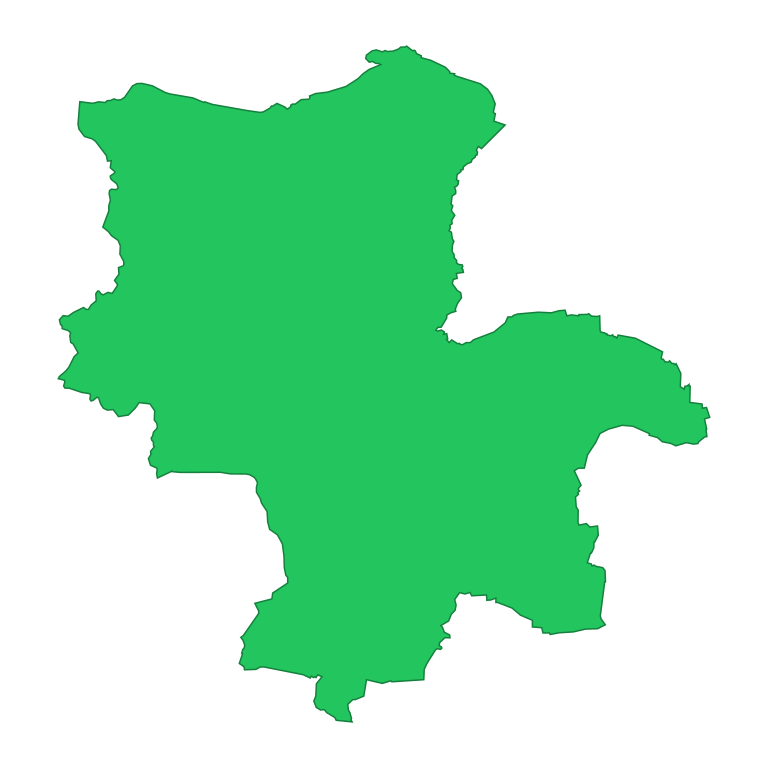 the district of Mueang Phichit, Phichit, Thailand
{"feature_id": "78962969B35136792725938", "entity_name": "Mueang Phichit", "entity_type": "district", "adm_level": 2, "iso_a3": "THA", "parent_name": "Thailand", "parent_adm1": "Phichit", "projection": "mercator", "projection_center": [100.377, 16.403], "detail": "fine", "context": "isolated", "style": "filled", "palette": "green", "viewbox_px": 768, "rotation_deg": 0, "n_neighbors": 0, "source": "geoboundaries", "source_scale": "gbopen_adm2", "svg_char_len": 6031}
<svg xmlns="http://www.w3.org/2000/svg" viewBox="0 0 768 768"><path d="M79.8,101.7L78.0,124.3L79.0,129.2L84.5,136.5L92.3,138.9L95.6,141.4L106.4,155.6L107.5,161.1L111.2,160.7L110.3,167.7L114.9,171.8L114.4,173.2L110.3,175.9L110.3,177.4L111.3,179.5L116.7,183.8L118.3,187.8L116.3,189.6L111.4,189.2L109.6,190.5L109.1,193.6L110.4,200.1L108.8,205.8L108.8,211.0L102.8,227.1L108.4,231.6L111.5,235.7L118.1,240.4L120.3,245.8L119.9,254.2L123.6,261.1L123.9,264.4L123.0,265.9L118.5,267.6L118.9,274.3L114.5,280.4L117.3,284.2L117.4,285.6L112.2,293.4L107.9,292.4L103.1,294.9L100.9,293.7L98.9,291.1L97.7,291.0L95.8,293.8L96.2,300.8L91.1,305.1L88.4,309.4L86.2,309.4L83.5,307.5L73.4,312.5L68.0,316.3L63.2,315.6L59.4,319.8L60.5,324.5L62.2,326.2L62.1,328.6L68.3,330.6L70.6,332.8L69.8,335.8L70.7,342.4L73.2,344.0L78.1,352.9L74.2,356.6L68.9,367.1L65.9,370.9L59.4,376.5L58.3,378.7L64.3,380.2L64.8,382.0L63.6,386.0L64.9,388.1L68.9,388.1L81.6,392.4L89.7,393.7L90.5,395.2L89.9,399.0L90.9,400.9L93.0,400.5L96.9,397.3L98.5,397.6L100.6,403.9L103.3,408.1L107.3,410.1L113.2,409.6L118.5,416.6L128.4,415.0L135.2,408.2L139.1,402.6L150.0,403.9L154.7,410.8L154.3,420.1L156.6,422.9L157.4,426.4L156.8,428.6L153.5,432.1L152.7,435.8L151.2,438.1L151.8,440.3L153.3,441.7L153.5,445.8L154.4,446.8L150.6,451.2L150.9,454.4L148.4,458.5L150.5,465.3L156.3,467.8L157.3,469.1L156.6,473.4L157.4,478.0L172.2,471.1L172.4,471.7L180.3,472.4L220.6,472.3L230.3,473.9L246.0,474.0L249.7,474.7L254.3,477.4L255.7,479.2L257.5,482.8L256.4,487.4L256.5,492.3L260.1,498.3L261.6,503.2L267.1,511.5L267.7,521.9L269.6,529.3L277.4,534.8L282.4,543.9L284.0,556.3L284.3,567.7L285.8,575.1L287.7,577.5L287.7,583.0L272.7,593.0L271.9,598.9L254.9,603.3L258.7,611.0L258.6,613.6L243.2,635.7L240.8,637.4L243.2,640.6L244.7,645.1L244.2,647.9L242.7,649.6L241.7,653.5L242.5,653.9L239.3,663.5L244.0,666.7L244.5,669.8L256.0,669.4L259.9,667.1L263.7,666.9L303.1,674.7L310.2,678.0L311.3,676.2L313.6,677.5L314.4,676.8L315.9,677.6L317.8,674.8L322.0,676.8L316.4,683.7L315.8,696.2L313.8,701.0L316.3,707.4L320.6,710.0L324.3,709.6L326.7,712.6L334.8,717.5L336.2,720.3L352.1,721.9L351.0,719.9L351.5,718.4L349.9,712.6L348.6,710.4L347.7,704.4L352.8,699.6L355.3,699.6L363.8,696.1L366.5,679.7L382.4,683.4L390.9,680.8L391.7,681.8L423.8,679.7L424.2,669.3L427.2,663.0L435.6,649.7L437.6,648.7L440.4,649.4L441.7,648.4L441.6,647.1L439.2,645.6L439.6,642.7L444.9,637.7L450.0,637.8L449.6,634.9L444.3,632.2L442.4,627.1L440.8,625.6L448.7,620.9L451.3,614.3L455.1,610.3L456.1,605.1L454.7,599.5L459.6,592.6L464.9,594.0L470.1,592.5L471.7,595.8L486.5,595.0L486.9,600.3L490.7,600.0L495.9,598.1L495.9,602.5L497.4,602.4L512.1,608.1L520.5,615.2L532.4,620.3L532.4,627.0L541.7,627.7L543.0,633.0L549.4,632.9L550.2,634.5L559.1,632.8L573.4,631.9L585.4,629.1L597.6,628.7L605.3,624.8L601.0,618.7L600.3,615.9L604.7,581.9L605.5,581.8L605.0,570.5L602.8,567.7L595.5,566.2L594.2,565.1L592.0,565.9L591.3,564.0L587.3,562.8L590.5,553.1L591.4,553.1L593.8,547.9L594.0,542.1L594.7,542.1L598.3,535.1L597.5,526.0L589.8,527.0L586.4,523.6L579.1,525.1L578.0,522.6L578.2,510.2L576.2,506.8L575.5,496.9L578.5,494.3L577.7,492.6L579.6,491.0L578.4,489.8L578.7,488.0L581.1,485.3L574.3,470.8L578.5,468.1L584.3,468.2L587.5,454.9L595.6,442.6L600.0,433.5L608.5,429.1L622.2,425.3L632.8,426.2L649.4,433.6L649.1,435.2L657.5,437.6L662.4,441.8L670.8,443.4L675.8,445.8L686.3,442.7L693.5,444.1L697.8,443.6L698.9,441.6L704.9,436.8L706.9,436.6L706.0,429.4L706.7,429.1L704.5,418.9L709.7,417.4L706.5,407.5L702.5,408.2L702.0,404.0L689.8,402.4L690.2,386.1L688.9,386.0L689.0,384.5L687.1,386.0L684.9,386.3L684.2,389.2L680.3,386.7L680.8,373.4L676.1,363.7L675.0,364.7L673.7,363.4L671.8,363.5L669.7,360.8L668.0,362.2L664.8,361.7L663.4,359.3L661.7,359.0L661.2,357.9L662.6,351.9L635.4,338.2L618.1,335.1L616.7,338.0L614.9,336.5L613.6,336.7L612.7,334.8L611.1,335.7L607.4,335.1L606.8,333.7L606.0,334.1L604.8,332.9L601.1,332.2L600.1,330.7L599.7,315.8L597.2,316.5L591.5,316.1L588.7,313.7L587.1,314.4L578.9,314.6L578.8,315.8L571.5,314.9L566.8,315.8L565.1,310.2L559.1,310.7L551.4,312.8L538.1,312.2L517.7,314.0L513.7,315.3L511.7,317.0L507.9,316.9L505.2,322.9L494.0,332.0L473.5,339.8L470.3,342.6L466.1,342.6L462.8,344.6L460.7,344.5L459.3,343.4L457.6,343.7L451.7,339.9L449.2,342.6L446.5,339.4L447.7,338.9L446.7,333.6L443.6,334.3L444.4,332.0L441.3,330.0L437.7,331.1L435.8,330.3L437.8,327.4L441.1,327.2L441.8,326.2L446.7,318.0L446.8,315.1L450.6,312.9L455.8,311.3L455.3,309.2L457.4,303.7L461.5,297.7L460.7,292.7L457.3,290.5L452.3,283.7L453.3,279.4L457.2,278.4L456.4,273.4L463.4,272.4L462.8,269.3L461.7,268.5L462.8,266.3L462.0,264.7L458.9,264.6L456.6,262.9L456.6,260.4L454.3,257.8L454.0,254.4L452.1,251.6L452.5,244.9L453.9,241.3L452.4,239.0L451.4,232.2L449.0,230.7L450.4,228.0L449.8,225.3L452.1,223.8L451.8,220.2L454.8,215.3L451.3,210.6L452.8,205.8L451.1,204.1L452.1,196.0L455.7,193.5L455.7,190.4L454.5,187.2L456.7,186.2L458.1,184.3L458.6,180.8L456.5,179.8L457.1,174.6L461.0,171.5L460.8,169.9L463.0,169.6L463.4,166.9L466.9,163.9L471.1,162.2L472.2,159.4L475.1,157.3L475.5,155.4L477.1,154.9L477.5,152.0L476.3,150.1L478.3,146.5L481.5,148.6L505.1,125.0L493.9,121.1L495.4,113.7L493.5,112.8L493.5,111.4L495.2,103.9L491.8,95.4L487.6,89.3L480.4,83.8L456.4,76.2L454.2,75.2L454.7,73.7L449.7,73.2L449.7,71.6L445.3,67.2L430.5,60.2L421.2,57.7L421.3,55.8L416.5,53.6L415.2,50.8L414.1,50.2L412.6,50.8L406.6,46.1L405.3,47.0L400.7,47.1L398.6,49.0L393.0,51.1L387.4,51.5L385.1,50.5L382.5,51.9L376.3,49.9L371.8,51.0L366.4,55.2L365.7,58.5L369.3,62.2L372.7,61.5L375.8,63.4L378.8,63.5L380.8,64.6L369.2,69.4L363.1,73.7L358.0,78.7L345.9,86.5L327.5,92.1L315.5,93.6L309.5,96.0L309.9,97.9L308.9,99.2L301.2,99.6L295.3,104.1L292.4,104.1L290.7,105.2L290.7,106.8L287.3,109.2L285.0,107.1L276.9,103.4L272.8,106.1L271.4,106.1L270.0,108.1L263.3,111.9L260.1,112.4L246.8,110.5L212.3,104.4L204.6,101.8L203.9,102.5L192.9,97.9L170.2,94.0L165.0,92.4L152.3,85.8L142.0,83.4L136.9,83.6L132.4,86.0L124.7,97.2L121.0,99.7L117.5,100.1L114.0,98.9L110.4,100.5L107.1,100.7L105.2,102.5L98.7,101.8L92.7,103.3L79.8,101.7Z" fill="#22c55e" stroke="#15803d" stroke-width="1.5"/></svg>